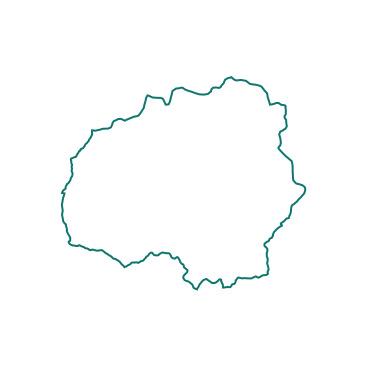 Bji, Ha, Bhutan, rotated 50°
{"feature_id": "84629894B12913884891089", "entity_name": "Bji", "entity_type": "district", "adm_level": 2, "iso_a3": "BTN", "parent_name": "Bhutan", "parent_adm1": "Ha", "projection": "orthographic", "projection_center": [89.176, 27.451], "detail": "fine", "context": "isolated", "style": "outline", "palette": "teal", "viewbox_px": 384, "rotation_deg": 50, "n_neighbors": 0, "source": "geoboundaries", "source_scale": "gbopen_adm2", "svg_char_len": 6048}
<svg xmlns="http://www.w3.org/2000/svg" viewBox="0 0 384 384"><g transform="rotate(50 192 192)"><path d="M300.2,196.3L300.3,195.8L300.7,195.2L301.0,193.1L301.1,192.0L301.2,191.7L301.7,190.8L302.7,189.3L303.5,188.0L303.5,186.6L303.4,186.3L302.1,185.8L301.7,185.4L301.2,184.5L301.0,183.7L300.8,183.4L300.5,183.1L299.5,182.5L298.8,182.0L296.9,181.2L295.0,180.3L294.3,179.7L293.9,178.9L292.1,177.2L291.4,176.7L289.5,176.1L288.4,175.3L286.8,174.0L286.0,172.6L284.3,171.0L283.9,170.9L283.3,170.8L281.8,170.8L281.3,171.0L279.7,171.0L279.5,170.8L278.8,170.3L278.3,169.7L278.2,168.8L278.3,166.3L278.8,165.3L278.8,164.5L278.7,164.2L278.0,163.2L277.8,162.8L277.9,161.8L278.3,160.7L278.4,160.0L277.9,159.4L277.6,158.0L277.4,157.9L276.7,157.6L276.5,157.2L275.3,154.5L275.2,153.1L275.0,151.4L275.0,150.0L274.9,148.9L275.1,148.0L275.1,146.9L275.7,145.0L275.6,144.8L275.3,144.6L274.8,144.5L273.9,144.6L273.4,144.4L273.2,144.2L273.3,141.9L273.3,141.3L273.5,140.8L273.5,140.5L273.3,138.5L273.1,136.5L274.2,134.6L274.0,134.3L273.5,133.5L273.0,133.0L272.7,132.5L272.6,131.9L272.1,130.9L270.8,129.1L270.2,128.4L269.3,127.6L268.4,126.7L266.8,124.8L266.5,123.7L266.8,121.4L266.7,120.2L266.8,118.1L266.6,116.9L266.3,115.9L266.0,112.5L265.9,111.3L265.6,110.1L265.5,109.0L265.4,107.9L265.1,106.9L264.6,105.9L263.4,104.1L261.7,102.8L260.4,102.5L257.8,103.1L255.6,104.4L252.5,106.7L249.6,106.9L247.7,106.7L241.2,101.9L238.0,99.2L235.1,97.1L232.3,95.8L224.4,97.2L217.4,97.7L214.1,97.7L213.2,96.6L213.1,94.5L211.5,92.4L209.7,91.1L207.3,89.7L203.8,88.1L202.5,85.5L203.2,83.1L203.2,81.8L203.6,79.8L202.6,77.1L200.0,75.6L197.2,73.5L195.1,73.4L193.5,72.6L192.9,70.6L192.2,69.7L189.5,67.4L187.4,66.2L186.6,65.2L185.6,65.0L183.6,66.6L182.6,67.6L179.6,68.4L178.1,70.0L177.3,72.3L176.2,74.6L175.4,75.7L175.2,76.1L172.9,75.0L168.1,73.1L164.8,71.1L160.6,71.2L156.2,71.0L154.0,71.9L150.8,74.2L148.1,76.8L146.2,78.2L141.5,79.2L137.6,82.5L135.2,86.1L134.0,87.1L130.9,87.9L129.9,87.9L129.2,88.1L128.9,89.4L127.8,91.4L127.3,94.4L127.9,95.9L129.0,97.7L129.4,101.0L130.0,102.3L129.8,104.2L127.5,106.3L125.7,108.7L125.8,111.1L127.2,112.9L127.1,116.8L125.2,120.1L122.2,123.3L118.0,126.2L115.2,127.7L112.6,129.5L109.1,131.4L106.1,132.2L105.0,133.5L103.7,136.1L102.5,137.6L102.1,142.1L104.2,144.7L105.2,146.3L108.4,150.6L109.8,153.5L108.5,155.7L108.1,156.0L104.4,154.9L102.2,154.4L100.0,155.2L97.6,158.0L94.2,161.5L89.8,163.6L89.4,164.1L90.7,167.1L92.4,169.1L94.5,172.3L96.7,175.0L97.1,176.7L98.1,179.6L99.1,183.8L98.0,186.4L97.0,188.0L94.6,195.6L94.2,197.6L90.3,199.4L88.6,201.8L88.2,204.1L87.4,206.1L87.9,208.1L89.1,209.9L90.4,212.6L89.4,215.6L86.3,219.6L85.2,222.2L82.8,226.8L80.5,228.8L81.5,229.8L82.4,230.6L83.7,231.4L84.5,233.4L85.2,234.7L85.4,235.8L85.7,237.0L86.3,238.0L86.9,240.8L86.9,242.5L87.2,243.6L87.8,244.9L88.2,246.4L88.4,247.6L87.7,249.0L87.7,250.0L88.5,250.8L88.1,252.2L88.6,253.2L89.0,254.4L89.3,255.6L89.8,256.6L90.4,258.4L89.8,259.6L88.7,263.3L89.5,264.2L90.8,264.6L91.8,265.6L93.0,266.1L94.1,266.4L95.0,267.6L95.9,268.4L97.0,268.9L98.6,270.8L100.6,271.3L101.7,272.2L102.9,273.8L103.2,275.2L103.8,276.3L104.6,277.4L105.2,278.8L105.8,281.2L105.6,282.4L106.6,285.1L108.2,286.9L108.0,288.4L108.1,289.8L108.5,291.0L109.2,292.2L110.4,291.3L111.1,290.6L112.0,291.7L113.5,294.3L114.1,295.1L118.3,300.0L122.5,302.6L123.4,303.2L125.7,306.0L126.8,306.7L129.1,308.0L129.8,308.3L131.5,309.4L133.6,309.7L134.8,309.7L135.6,309.4L137.5,310.5L138.5,310.9L140.0,311.7L141.8,313.2L143.7,313.7L148.3,314.5L149.1,314.9L151.0,316.7L151.0,317.3L150.7,318.2L151.6,319.0L153.6,319.0L156.1,318.0L156.5,317.4L159.4,314.9L160.0,314.1L160.0,313.1L160.5,312.4L162.5,311.6L164.7,310.3L165.3,310.0L166.4,309.9L167.3,309.2L168.1,308.4L169.5,307.9L170.5,307.8L171.2,307.4L171.3,306.9L172.0,305.5L172.6,304.9L175.7,302.7L176.5,301.6L177.1,300.8L177.4,300.0L178.0,299.2L178.6,298.4L179.2,298.3L181.7,297.6L182.6,297.6L186.0,296.4L187.3,296.2L188.2,295.7L189.7,295.3L192.2,295.1L192.8,294.9L193.6,294.0L194.3,293.5L195.4,293.4L197.0,292.7L198.8,292.3L199.5,292.2L201.1,292.3L202.4,292.3L204.2,292.0L205.3,292.0L206.1,292.1L206.2,291.3L206.6,290.8L206.8,290.3L207.1,287.4L207.6,286.0L207.6,285.3L207.3,284.1L207.6,283.1L209.2,281.2L209.8,280.3L210.7,279.3L211.7,278.8L212.1,277.0L212.1,275.8L213.0,274.2L213.1,272.8L212.8,271.3L212.7,269.9L212.4,269.3L212.2,268.6L212.5,266.9L212.5,266.4L212.0,265.1L211.9,262.9L212.2,262.3L212.9,261.6L215.6,261.6L216.2,261.4L216.6,261.1L217.0,260.6L218.2,259.4L218.8,258.4L218.6,257.0L219.0,254.4L219.6,253.3L220.5,252.5L221.6,251.8L224.1,249.1L225.0,248.8L225.7,248.9L226.6,249.0L228.9,249.6L229.4,249.6L230.4,249.2L231.9,248.1L232.1,247.7L232.1,245.7L232.6,245.0L233.4,244.8L236.3,245.3L238.3,246.0L240.0,246.1L240.8,245.9L241.6,245.4L241.9,245.4L242.9,245.5L244.5,246.5L244.9,246.5L245.6,246.3L246.9,246.1L247.6,245.9L248.8,245.7L249.8,246.4L250.4,247.6L250.5,250.0L250.7,251.6L251.0,252.2L251.3,253.1L251.6,253.5L252.8,254.1L253.7,254.1L254.7,254.3L255.3,254.1L256.4,253.5L257.2,252.9L259.0,252.0L262.4,251.4L263.2,251.3L263.7,251.4L264.7,251.7L266.1,252.3L266.5,252.3L267.9,251.8L269.8,250.7L269.3,249.8L268.8,248.0L267.7,245.6L267.3,243.4L266.9,241.6L266.9,239.6L267.1,238.8L268.0,236.8L268.7,236.6L269.4,236.5L271.0,236.1L272.5,235.6L274.1,235.3L274.6,235.1L275.0,234.6L275.7,233.9L276.3,232.9L276.5,232.4L276.8,230.8L276.7,228.8L276.6,227.9L276.6,227.5L276.6,227.2L277.0,226.6L277.3,226.3L277.7,226.1L278.1,226.2L278.8,226.8L279.1,227.0L279.7,227.0L281.0,227.8L282.3,227.7L282.7,227.9L283.8,228.7L284.6,229.2L285.1,229.7L285.8,228.8L286.1,228.4L286.4,227.6L287.3,226.6L287.5,226.1L287.7,225.5L288.7,224.8L289.1,224.4L289.3,224.2L289.5,223.5L289.3,222.6L288.8,221.4L288.6,220.9L288.7,220.5L288.8,219.9L289.6,218.7L289.6,218.4L289.6,218.1L288.9,216.5L288.6,216.0L288.1,215.7L287.9,215.4L287.7,214.3L287.2,212.4L287.2,211.8L287.4,211.5L287.6,211.2L290.1,209.4L290.9,208.4L291.3,207.7L291.7,207.2L292.5,206.4L296.3,202.2L296.7,201.0L296.8,199.9L297.2,199.2L297.5,197.6L297.7,197.4L298.0,197.2L299.5,196.7L300.2,196.3Z" fill="none" stroke="#0f766e" stroke-width="2"/></g></svg>